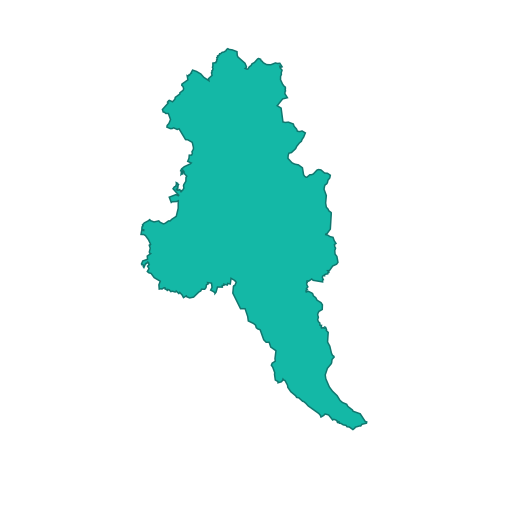 Iara, Cluj, Romania, rotated 244°
{"feature_id": "2599482B94451106433579", "entity_name": "Iara", "entity_type": "district", "adm_level": 2, "iso_a3": "ROU", "parent_name": "Romania", "parent_adm1": "Cluj", "projection": "natural_earth1", "projection_center": [23.508, 46.546], "detail": "fine", "context": "isolated", "style": "filled", "palette": "teal", "viewbox_px": 512, "rotation_deg": 244, "n_neighbors": 0, "source": "geoboundaries", "source_scale": "gbopen_adm2", "svg_char_len": 6134}
<svg xmlns="http://www.w3.org/2000/svg" viewBox="0 0 512 512"><g transform="rotate(244 256 256)"><path d="M414.6,362.4L418.8,361.9L419.7,359.6L421.0,358.1L421.4,353.1L423.4,349.4L426.6,347.2L428.3,346.9L429.3,346.2L430.8,346.4L432.4,344.9L432.4,343.8L430.6,339.4L430.5,336.6L429.3,335.0L429.1,333.2L427.6,330.5L427.9,329.8L429.3,328.5L429.6,329.7L430.4,330.4L434.1,330.6L442.8,327.0L444.6,327.1L448.0,328.5L451.7,325.0L453.6,322.2L454.7,321.6L454.5,320.0L453.7,319.2L453.4,316.2L453.9,314.9L453.3,312.6L453.7,312.0L452.6,310.7L452.7,309.2L451.5,308.9L451.6,307.8L449.7,307.4L449.6,306.6L448.4,306.1L447.9,304.9L447.4,304.7L448.3,301.8L445.4,300.4L444.8,299.6L443.2,299.5L441.9,298.3L441.8,297.5L440.4,297.0L440.2,296.3L437.6,295.7L436.2,291.0L434.2,290.5L439.5,287.4L443.8,286.2L448.0,283.4L450.9,280.5L449.2,278.1L448.7,278.1L448.7,277.2L447.7,275.5L448.2,275.2L447.5,273.9L448.3,273.2L444.2,272.0L443.0,264.8L441.9,264.1L440.4,264.7L438.1,264.3L436.9,263.2L436.1,259.2L435.0,258.6L434.0,253.0L432.4,251.7L431.2,248.6L433.8,246.4L433.6,246.0L433.9,245.7L433.1,243.9L432.0,244.2L428.7,236.1L426.1,235.7L425.4,236.7L423.7,237.4L422.5,239.7L416.1,239.0L413.2,235.7L412.3,233.4L410.9,232.4L408.0,234.9L407.3,236.4L407.3,238.2L404.2,240.7L404.1,242.6L391.5,243.7L390.4,245.6L386.1,248.5L381.2,247.4L379.5,246.6L377.7,244.1L376.1,243.8L374.9,242.3L375.9,240.2L373.2,238.6L371.0,236.1L368.0,238.6L367.6,237.3L367.7,230.7L366.9,227.3L365.6,225.6L364.8,226.1L362.1,224.4L362.5,225.7L362.0,226.0L365.1,227.9L363.5,228.3L361.5,227.7L358.1,228.8L357.3,227.5L353.9,225.7L351.9,222.5L350.9,221.6L348.7,221.0L347.3,219.0L347.4,217.9L346.6,217.4L346.6,216.7L349.1,216.6L349.2,214.5L350.5,213.5L351.0,213.9L350.3,214.8L352.4,216.2L352.7,215.8L354.2,217.7L355.1,216.9L355.7,217.4L356.9,216.5L355.5,216.0L353.9,214.4L353.9,212.9L352.8,210.9L344.5,213.2L344.2,212.6L346.3,210.9L346.9,203.8L341.3,203.3L341.5,204.4L339.8,208.4L339.7,210.3L333.0,207.0L326.6,201.7L325.9,196.3L325.2,194.2L325.9,192.7L325.2,188.7L325.4,186.9L328.3,184.6L330.2,184.0L331.3,179.3L334.0,176.7L335.9,176.3L334.9,176.0L334.7,170.1L333.7,167.6L332.7,167.7L332.1,166.3L330.0,165.1L328.7,166.6L328.1,166.2L329.5,164.8L325.8,162.1L324.5,164.5L322.8,165.6L317.7,166.5L312.7,166.4L312.6,165.1L312.1,165.2L312.1,164.7L309.4,164.4L306.4,161.9L305.5,161.7L304.3,162.4L303.6,158.2L300.6,157.1L301.2,152.1L299.1,149.6L298.1,149.7L298.2,150.1L296.9,150.9L295.9,150.0L294.8,150.2L297.6,153.5L297.2,153.8L298.1,156.1L297.0,156.4L297.1,155.9L295.0,156.2L294.4,154.1L291.6,154.3L289.7,151.5L287.9,152.3L286.3,154.1L281.2,155.0L275.3,158.9L272.7,156.1L268.7,154.5L268.2,156.3L267.5,157.0L267.8,159.0L267.5,160.1L266.8,160.3L266.3,159.8L264.6,161.1L263.3,161.2L264.7,161.8L263.7,163.2L261.3,163.8L261.1,165.3L259.1,167.5L259.0,168.2L259.5,168.9L256.1,170.2L256.7,171.5L253.4,172.5L250.4,172.6L250.7,175.9L249.7,175.9L247.4,178.0L246.4,181.9L248.7,188.9L248.8,191.0L250.0,192.5L248.6,195.3L249.5,197.2L251.9,198.9L251.9,200.8L253.3,200.9L251.1,204.1L247.0,202.7L245.2,200.3L242.9,202.0L241.0,203.0L240.3,202.7L241.0,204.2L245.0,207.8L242.8,212.1L244.3,212.7L243.7,214.3L244.8,214.7L242.5,217.5L243.8,218.5L242.1,220.6L246.9,223.8L242.8,226.5L242.4,226.2L241.1,226.8L238.8,224.0L239.0,223.1L238.6,222.4L232.8,218.9L215.4,219.0L213.4,223.1L205.2,222.0L201.0,220.6L196.4,224.2L194.0,225.3L191.5,224.8L189.7,225.6L187.9,227.4L177.3,226.2L174.0,227.3L172.7,230.0L167.7,229.3L162.1,232.4L155.5,228.1L153.0,227.2L152.6,223.6L151.1,221.9L148.8,222.3L142.9,221.7L141.6,220.8L136.1,219.0L133.5,220.7L132.4,220.2L131.8,223.7L132.6,225.5L133.5,226.3L132.2,226.6L131.4,227.5L126.1,227.7L123.9,227.0L118.7,227.8L112.9,230.4L111.1,230.5L109.8,232.3L105.0,234.2L104.4,235.0L101.8,236.2L98.3,237.2L86.9,243.4L84.6,244.0L82.8,243.8L83.0,246.9L83.7,248.9L81.3,251.6L75.0,253.0L75.1,254.3L73.8,255.7L71.6,256.9L71.4,256.3L70.6,256.3L70.4,257.9L69.2,257.5L68.4,258.9L66.0,260.4L64.3,262.7L62.7,262.9L61.4,264.9L57.5,267.0L58.0,269.3L58.6,270.2L57.8,274.8L57.3,275.6L58.3,277.4L57.3,282.0L58.3,282.8L59.5,281.6L68.5,280.5L73.9,275.2L75.3,275.2L80.5,272.6L83.0,272.5L86.4,269.5L89.4,268.2L94.8,267.7L101.2,265.4L106.2,264.5L115.0,264.9L118.8,266.1L123.8,271.0L126.0,276.0L126.8,277.1L129.7,279.0L130.9,281.9L131.8,282.0L133.1,281.2L135.5,281.2L142.6,282.8L147.3,282.6L155.7,287.4L158.2,286.5L158.9,287.1L161.3,287.3L161.8,286.9L161.0,286.7L161.2,285.6L162.1,285.2L162.4,283.5L162.8,283.2L164.7,284.3L164.7,283.8L165.5,283.8L165.9,283.1L167.8,284.0L169.4,283.3L171.6,283.4L173.6,285.2L176.1,285.6L177.1,286.3L178.6,288.2L178.9,292.1L183.0,294.3L185.5,294.0L189.5,291.5L192.4,291.4L195.0,290.1L197.2,290.4L198.2,290.0L201.5,287.4L201.6,285.4L202.6,285.5L203.3,286.2L203.3,287.3L204.6,287.0L205.5,289.1L207.8,289.0L209.6,289.7L209.7,290.4L211.1,290.7L210.9,291.8L210.3,292.2L210.9,296.0L209.1,296.7L203.5,304.5L205.3,305.3L205.2,306.1L207.7,306.2L208.6,307.0L208.9,308.4L208.2,309.0L209.1,309.6L209.1,310.7L208.5,312.6L209.4,313.1L209.2,314.0L209.5,314.5L211.4,314.0L210.7,315.6L213.4,320.6L213.3,324.8L214.4,326.9L220.1,328.5L223.1,327.9L226.4,329.2L228.2,331.0L229.7,330.8L232.0,331.6L232.2,333.4L235.4,333.0L239.0,333.4L241.0,331.0L243.3,329.6L244.7,328.0L245.1,328.3L245.0,329.7L247.6,334.6L260.9,342.1L262.1,342.6L264.7,341.3L266.7,341.3L269.0,340.6L273.1,341.8L279.5,345.7L286.2,346.4L288.8,348.3L289.7,349.5L289.8,351.0L290.6,352.3L292.6,353.9L293.8,356.5L296.0,358.2L299.0,356.5L300.5,354.0L304.9,352.1L306.3,350.1L306.5,348.5L304.6,343.5L304.7,341.6L305.4,340.0L304.5,336.2L304.9,335.5L306.4,334.6L308.2,334.4L314.9,336.4L319.3,334.1L321.6,331.1L324.0,329.2L329.7,327.5L332.3,329.0L334.0,330.6L333.4,333.2L335.1,338.7L336.7,340.6L338.6,344.6L339.2,347.1L340.5,348.4L342.0,351.0L345.0,354.3L348.2,352.2L348.6,349.9L350.0,347.9L352.3,348.1L355.9,347.1L358.3,347.4L362.1,343.8L363.2,340.8L364.7,339.0L377.9,343.4L381.8,340.9L385.5,348.8L384.5,353.6L389.2,353.1L391.2,354.3L391.4,354.9L393.2,355.3L393.3,355.7L394.9,356.4L396.2,355.7L398.8,355.2L403.7,355.3L406.8,356.9L408.0,358.4L409.6,359.0L411.6,360.9L414.3,360.2L415.8,360.5L414.7,361.2L414.6,362.4Z" fill="#14b8a6" stroke="#0f766e" stroke-width="1.5"/></g></svg>